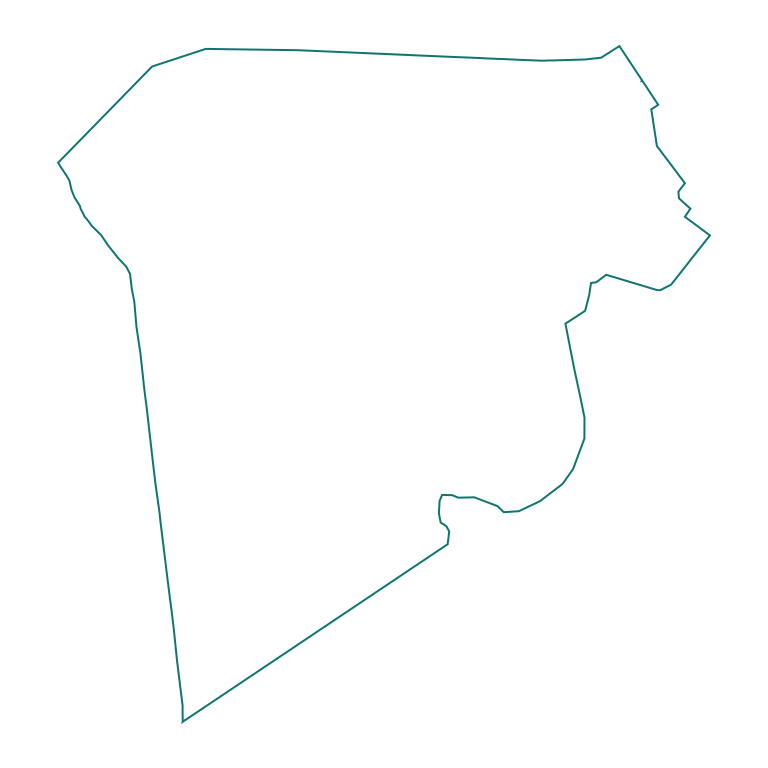 the district of Kota Sungai Penuh, Jambi, Indonesia
{"feature_id": "22746128B31453944142504", "entity_name": "Kota Sungai Penuh", "entity_type": "district", "adm_level": 2, "iso_a3": "IDN", "parent_name": "Indonesia", "parent_adm1": "Jambi", "projection": "mercator", "projection_center": [101.365, -2.138], "detail": "fine", "context": "isolated", "style": "outline", "palette": "teal", "viewbox_px": 768, "rotation_deg": 0, "n_neighbors": 0, "source": "geoboundaries", "source_scale": "gbopen_adm2", "svg_char_len": 1900}
<svg xmlns="http://www.w3.org/2000/svg" viewBox="0 0 768 768"><path d="M58.1,162.6L60.9,167.2L61.9,168.7L66.5,175.6L69.2,180.2L69.5,180.9L71.5,189.9L74.5,197.4L79.8,205.8L80.9,209.4L83.3,213.7L84.6,216.7L86.6,218.8L91.9,226.0L101.2,235.2L102.6,237.3L104.4,239.9L107.8,245.0L116.6,256.1L118.1,258.0L126.2,266.6L130.0,273.8L131.8,288.9L134.3,301.6L136.5,327.2L139.4,346.5L140.4,353.1L144.2,388.3L145.4,397.9L145.9,401.8L146.0,402.5L146.3,404.5L152.1,455.1L153.6,468.1L155.3,482.7L159.6,513.2L160.2,519.3L168.0,583.1L171.8,612.6L173.8,629.0L177.0,660.4L182.6,705.7L182.6,707.7L182.6,712.9L182.7,721.1L182.6,721.9L183.9,720.9L183.9,721.0L447.7,544.2L449.2,531.4L446.3,526.1L440.7,522.6L438.9,513.4L439.6,500.9L442.1,494.9L452.3,495.2L458.3,497.7L474.2,497.3L497.5,506.1L503.8,512.2L509.8,511.8L518.8,511.2L540.1,501.1L562.7,483.8L573.1,469.0L578.1,455.6L584.4,438.6L584.5,417.7L580.5,397.9L574.3,369.2L565.4,323.6L578.2,315.4L585.1,310.8L589.1,295.5L591.0,283.0L596.4,282.2L605.4,275.4L606.2,274.8L612.2,276.6L614.1,277.1L625.5,280.6L645.6,286.6L650.1,288.0L656.1,289.8L660.1,290.3L664.1,288.2L671.1,284.7L672.5,282.9L673.9,281.1L675.7,278.9L685.2,266.8L691.9,258.2L696.7,252.2L697.5,251.1L705.6,240.9L709.9,235.4L703.9,230.9L696.9,225.7L684.9,216.8L690.4,208.7L685.3,204.1L679.6,198.9L679.0,198.3L678.4,191.7L684.9,183.2L682.3,179.7L680.0,176.7L667.4,159.9L667.2,159.7L659.3,149.2L656.9,146.0L651.3,109.3L653.6,107.8L655.2,106.8L658.2,104.8L651.4,94.5L645.6,85.7L642.2,80.6L641.6,80.9L641.8,79.9L638.3,74.7L631.6,64.5L625.2,54.8L625.1,54.7L619.4,46.1L601.1,57.7L584.8,59.5L570.7,59.9L553.6,60.4L547.6,60.5L543.8,60.7L540.9,60.7L536.7,60.5L529.2,60.2L519.1,59.8L513.7,59.5L509.7,59.4L508.6,59.3L502.0,59.0L498.6,58.9L498.4,58.9L488.6,58.5L482.6,58.2L476.4,57.9L469.5,57.6L451.8,56.9L297.7,50.2L205.7,48.9L152.1,66.5L73.9,146.6L58.7,162.1L58.1,162.6Z" fill="none" stroke="#0f766e" stroke-width="2"/></svg>